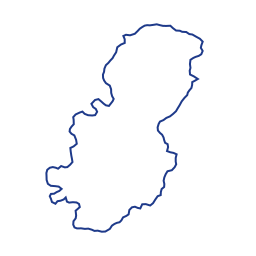 Santa Cruz do Escalvado, Minas Gerais, Brazil, rotated 349°
{"feature_id": "56859067B58472062151824", "entity_name": "Santa Cruz do Escalvado", "entity_type": "district", "adm_level": 2, "iso_a3": "BRA", "parent_name": "Brazil", "parent_adm1": "Minas Gerais", "projection": "albers", "projection_center": [-42.82, -20.229], "detail": "fine", "context": "isolated", "style": "outline", "palette": "blue", "viewbox_px": 256, "rotation_deg": 349, "n_neighbors": 0, "source": "geoboundaries", "source_scale": "gbopen_adm2", "svg_char_len": 2571}
<svg xmlns="http://www.w3.org/2000/svg" viewBox="0 0 256 256"><g transform="rotate(349 128 128)"><path d="M205.9,93.2L202.4,89.8L199.1,87.3L199.5,83.5L200.8,80.9L201.0,77.1L202.3,73.0L205.5,71.7L207.9,71.1L211.2,70.7L214.0,69.6L216.0,66.6L214.8,63.2L215.8,60.8L217.8,57.5L215.6,54.1L212.1,51.2L209.0,48.5L206.1,47.5L203.5,44.9L199.5,43.9L197.4,42.4L193.8,41.5L191.2,38.6L189.1,35.7L185.0,35.1L181.8,34.4L179.3,33.3L176.0,31.7L172.9,31.6L169.0,31.4L166.4,30.7L163.9,30.7L161.3,31.6L158.5,32.8L155.9,34.7L152.7,36.8L147.7,37.4L143.8,36.1L141.0,36.8L141.7,40.2L141.0,43.9L137.1,44.7L132.9,46.7L130.8,51.4L128.0,54.3L126.2,56.5L123.5,58.4L121.1,60.4L118.3,62.1L116.2,65.2L115.2,68.3L113.6,70.8L113.1,74.1L113.6,76.8L114.9,79.8L118.2,82.9L118.8,86.7L118.2,90.4L118.5,93.8L119.5,96.7L118.0,98.8L115.8,100.7L113.5,102.7L110.6,101.5L108.7,99.4L106.9,97.0L104.5,94.0L101.0,94.2L96.7,97.3L97.8,100.9L100.0,103.1L100.8,106.2L98.2,109.1L95.2,108.9L91.2,107.8L88.1,105.8L86.4,103.2L83.6,103.6L79.2,104.7L76.3,106.9L76.2,109.6L75.5,113.9L72.8,115.9L70.8,117.9L70.0,120.3L71.4,122.9L73.9,125.0L74.8,129.7L74.7,133.7L71.1,135.7L67.6,136.6L67.3,140.0L67.1,144.1L67.1,147.3L67.0,150.8L64.2,153.0L61.0,154.8L58.5,154.6L55.1,152.6L51.6,154.6L49.5,153.2L46.7,152.0L43.7,152.1L40.8,153.6L39.3,156.6L38.8,159.9L38.2,163.5L38.7,167.5L41.2,170.0L45.5,171.2L48.8,172.3L51.2,175.1L48.5,176.7L45.7,177.3L42.9,178.4L39.8,178.0L38.2,180.0L38.9,183.0L39.2,186.1L42.3,188.5L44.8,186.4L47.9,186.5L51.2,185.9L53.6,184.3L54.0,188.6L56.0,190.0L59.7,190.3L63.3,191.3L65.4,193.2L65.6,196.4L63.3,197.8L60.8,199.2L60.4,204.0L59.4,206.7L56.7,209.1L55.8,212.4L56.5,215.4L58.7,216.8L63.0,217.6L66.4,218.8L69.8,219.2L73.2,221.0L75.4,222.6L78.7,223.0L82.5,224.8L86.0,225.3L90.9,223.6L93.6,220.8L96.4,219.6L98.9,219.0L101.7,218.9L103.8,217.5L106.1,214.8L109.5,214.0L112.1,212.9L113.7,208.7L116.8,206.6L119.8,206.6L122.3,208.3L124.7,209.3L127.4,205.6L130.9,206.1L135.0,208.3L138.2,206.6L141.2,203.4L144.1,200.6L147.3,200.1L148.0,197.2L149.4,194.3L152.2,192.8L153.0,189.9L152.9,186.6L154.2,183.5L156.2,180.5L158.5,178.0L163.0,177.8L166.3,175.4L168.4,172.8L168.4,170.2L169.1,166.5L170.7,163.1L167.9,161.1L164.9,159.9L161.9,158.1L163.7,154.4L163.8,151.4L161.6,149.6L161.2,146.8L161.1,144.1L160.2,141.1L158.5,139.0L156.9,136.2L157.2,133.0L158.9,129.8L160.6,127.8L164.3,127.0L167.6,125.4L171.4,124.6L174.9,122.8L178.3,120.7L180.5,118.2L183.0,115.5L185.8,112.1L189.3,109.1L192.4,107.0L193.5,104.6L195.5,102.7L197.9,100.8L199.2,97.9L199.8,95.2L202.5,94.4L205.9,93.2Z" fill="none" stroke="#1e3a8a" stroke-width="2"/></g></svg>